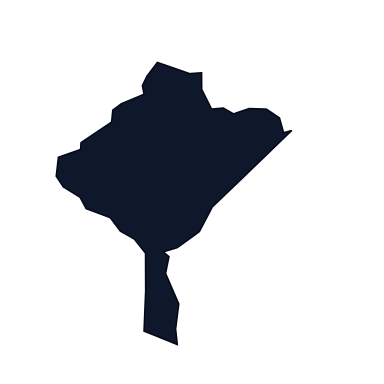 Warren, Georgia, United States of America (orthographic projection), rotated 65°
{"feature_id": "52423323B82578708002026", "entity_name": "Warren", "entity_type": "district", "adm_level": 2, "iso_a3": "USA", "parent_name": "United States of America", "parent_adm1": "Georgia", "projection": "orthographic", "projection_center": [-82.674, 33.431], "detail": "fine", "context": "isolated", "style": "filled", "palette": "ink", "viewbox_px": 384, "rotation_deg": 65, "n_neighbors": 0, "source": "geoboundaries", "source_scale": "gbopen_adm2", "svg_char_len": 672}
<svg xmlns="http://www.w3.org/2000/svg" viewBox="0 0 384 384"><g transform="rotate(65 192 192)"><path d="M67.9,183.8L74.6,192.0L83.1,194.2L82.1,218.6L84.3,229.2L94.6,235.3L100.3,271.7L106.3,275.0L104.0,298.4L120.3,308.4L133.0,306.5L149.5,295.7L162.4,295.0L180.7,277.0L197.2,273.5L210.3,264.2L227.8,260.0L262.2,275.9L297.8,294.3L324.1,269.8L309.2,264.7L287.9,251.3L254.6,250.3L240.9,240.2L234.1,243.3L236.2,228.9L232.0,206.8L231.0,202.0L214.1,179.8L201.6,143.0L178.4,75.6L177.0,83.9L161.9,81.4L148.3,89.5L140.5,104.9L138.7,121.4L129.1,128.1L125.1,139.2L103.1,139.8L88.0,132.9L83.7,144.1L59.9,168.6L67.9,183.8Z" fill="#0f172a" stroke="#020617" stroke-width="1.5"/></g></svg>